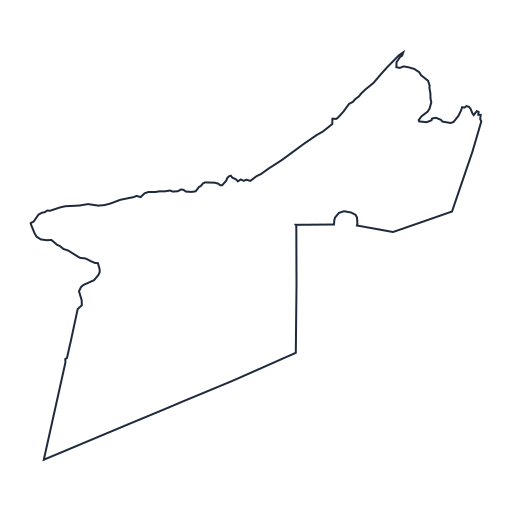 the district of East Honiara, Capital Territory (Honiara), Solomon Islands
{"feature_id": "97153195B54570082610262", "entity_name": "East Honiara", "entity_type": "district", "adm_level": 2, "iso_a3": "SLB", "parent_name": "Solomon Islands", "parent_adm1": "Capital Territory (Honiara)", "projection": "orthographic", "projection_center": [159.999, -9.437], "detail": "fine", "context": "isolated", "style": "outline", "palette": "slate", "viewbox_px": 512, "rotation_deg": 0, "n_neighbors": 0, "source": "geoboundaries", "source_scale": "gbopen_adm2", "svg_char_len": 2215}
<svg xmlns="http://www.w3.org/2000/svg" viewBox="0 0 512 512"><path d="M43.8,459.7L106.7,433.3L129.4,423.8L169.8,407.0L181.0,402.2L233.0,380.6L295.8,352.8L296.5,284.9L296.3,225.8L295.7,224.8L311.2,224.7L334.0,224.5L334.3,220.1L335.1,217.5L338.9,212.9L344.0,211.2L349.4,212.2L351.3,212.6L355.5,214.8L357.0,217.4L357.4,223.8L356.9,225.5L393.0,232.0L419.9,222.7L452.0,211.5L472.4,151.8L481.3,121.4L480.2,119.0L480.7,114.9L478.3,114.8L478.6,112.0L476.8,111.1L473.7,115.1L472.3,113.1L470.5,108.7L468.9,106.8L466.4,106.1L464.4,107.6L462.1,107.2L461.1,110.4L458.4,115.9L453.5,122.0L450.7,123.0L442.5,121.6L440.9,119.8L436.0,117.8L432.1,118.5L431.5,120.3L426.6,122.2L419.1,121.4L418.7,120.1L421.4,116.4L427.7,111.6L429.6,108.5L431.3,102.3L430.5,98.5L430.4,93.6L429.4,87.7L429.6,85.7L428.1,80.8L421.1,75.3L419.2,72.2L414.2,68.9L408.2,67.2L403.6,66.4L399.8,67.9L396.4,67.2L396.5,62.2L400.2,56.8L402.1,55.7L403.3,52.3L398.8,55.4L387.1,67.3L380.4,74.8L373.5,82.9L365.5,89.4L361.2,93.5L358.9,96.4L355.4,99.0L352.8,101.9L349.0,103.9L343.6,111.4L337.8,117.8L336.2,118.9L332.4,118.7L332.3,124.0L322.9,131.5L316.7,135.0L304.2,143.6L281.6,160.2L269.0,168.3L260.9,174.1L256.5,176.2L250.3,180.9L246.5,179.7L243.9,180.8L240.7,179.5L237.9,181.3L235.6,179.1L232.4,177.7L230.8,175.7L228.8,176.4L227.1,178.2L226.3,180.6L222.1,185.3L220.2,185.2L218.1,183.6L214.7,182.7L205.1,182.4L203.0,183.4L200.6,186.2L199.1,186.8L195.7,191.3L191.9,191.9L186.0,191.6L183.4,189.8L181.0,189.5L177.9,191.2L172.8,191.6L169.9,190.5L168.2,190.8L165.3,191.3L159.6,191.3L155.4,192.0L148.4,192.0L144.6,193.3L140.6,197.1L136.6,195.9L133.4,197.2L130.1,197.8L120.3,199.8L110.2,203.6L104.4,205.1L98.5,205.6L96.0,205.3L88.1,204.1L79.5,205.5L74.6,205.8L65.5,206.2L60.1,207.4L49.9,210.8L47.3,210.5L44.8,212.2L41.7,212.8L38.4,214.7L33.7,221.5L30.7,223.1L31.2,225.0L34.6,233.4L36.5,236.6L40.8,239.4L46.5,240.2L51.4,240.0L57.2,244.9L59.8,246.0L63.5,249.0L68.1,250.5L78.3,256.9L80.3,257.9L85.6,258.5L91.3,261.4L95.1,263.0L97.9,263.1L99.6,269.1L99.7,272.0L98.4,275.0L94.0,280.2L83.7,284.8L81.0,287.0L79.0,291.3L81.7,300.3L81.8,305.3L77.7,309.0L74.5,323.9L70.5,342.5L69.9,344.8L67.0,358.0L65.3,359.0L65.4,362.6L43.8,459.7Z" fill="none" stroke="#1e293b" stroke-width="2"/></svg>